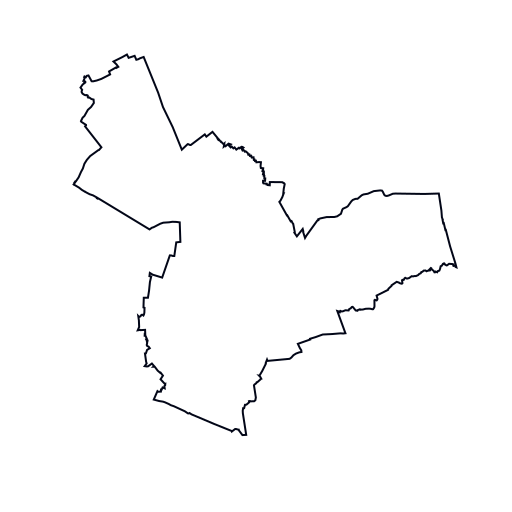 outline of Groningen, Groningen, Netherlands, rotated 279°
{"feature_id": "6326949B19731519413910", "entity_name": "Groningen", "entity_type": "district", "adm_level": 2, "iso_a3": "NLD", "parent_name": "Netherlands", "parent_adm1": "Groningen", "projection": "albers", "projection_center": [6.605, 53.21], "detail": "fine", "context": "isolated", "style": "outline", "palette": "ink", "viewbox_px": 512, "rotation_deg": 279, "n_neighbors": 0, "source": "geoboundaries", "source_scale": "gbopen_adm2", "svg_char_len": 6060}
<svg xmlns="http://www.w3.org/2000/svg" viewBox="0 0 512 512"><g transform="rotate(279 256 256)"><path d="M135.6,280.4L137.3,279.1L138.3,277.8L138.3,278.1L143.3,280.1L151.2,282.6L151.7,282.3L155.4,283.1L154.2,283.8L159.7,305.3L161.2,306.8L163.9,308.5L165.9,310.8L167.6,313.8L168.3,315.9L169.9,315.5L172.1,313.6L175.8,311.1L182.0,322.6L182.7,322.3L185.2,327.5L188.9,334.2L190.8,343.3L192.8,351.4L193.1,354.3L193.7,356.4L214.4,344.9L214.2,346.2L213.5,347.1L213.5,347.6L214.7,347.6L215.0,347.8L214.6,349.4L215.0,350.5L216.4,352.8L216.7,356.0L218.2,356.4L219.1,357.7L220.6,358.6L220.8,359.1L220.9,359.4L220.3,360.2L217.8,363.0L217.8,364.4L218.1,364.3L219.6,366.9L219.2,367.3L219.7,369.0L219.8,369.8L221.0,372.5L221.6,375.4L221.8,377.1L221.6,379.3L221.8,380.0L223.6,380.8L224.8,380.9L230.8,379.9L231.3,380.3L231.0,382.1L231.6,382.5L232.6,382.7L235.8,381.3L243.3,391.8L244.4,391.9L247.6,394.5L248.3,394.5L252.5,399.0L252.2,400.8L252.2,401.2L251.8,401.8L251.6,402.5L251.4,404.1L251.6,404.6L252.1,404.9L254.9,404.0L255.4,404.5L255.4,405.3L255.6,405.7L257.0,406.1L257.8,406.8L257.3,408.4L257.4,409.0L258.2,410.7L260.4,412.9L260.4,414.3L260.9,415.4L261.2,417.1L262.5,419.1L263.9,420.1L264.7,421.4L266.0,421.8L266.4,422.8L267.8,423.9L268.2,425.7L267.6,426.8L268.3,427.9L269.0,430.1L269.4,430.1L269.8,429.4L271.5,430.6L271.3,431.1L270.1,431.9L269.2,433.7L267.8,434.8L267.9,435.4L268.7,435.8L268.3,437.5L269.5,437.9L270.1,439.2L270.3,439.4L272.1,439.8L274.8,440.0L275.4,441.0L277.5,441.9L278.2,442.9L278.0,443.3L277.3,443.4L277.1,444.2L276.5,445.6L276.7,446.2L278.5,447.9L278.8,451.7L277.1,452.6L277.5,454.1L277.1,454.8L276.4,454.9L276.2,455.7L279.0,454.5L279.4,453.9L279.9,454.1L295.9,446.2L311.5,439.4L311.3,439.0L317.9,436.3L317.6,435.8L320.9,434.6L321.1,434.8L323.2,433.6L329.9,432.0L346.3,426.8L343.6,412.5L339.5,384.0L338.9,381.4L336.7,377.9L336.0,376.5L335.7,375.3L335.8,374.2L336.5,373.1L339.3,371.2L340.3,370.2L340.2,368.4L338.5,362.2L335.0,356.7L333.6,352.5L332.5,350.9L328.4,347.4L328.0,345.3L326.5,342.8L324.9,341.6L319.5,338.9L318.4,337.7L316.3,334.5L315.3,334.0L311.0,333.3L307.9,330.0L306.8,327.3L305.5,319.7L303.2,313.7L302.0,311.7L301.1,312.0L300.6,311.0L284.0,302.6L281.5,301.6L287.1,298.8L287.7,298.9L290.0,297.9L281.8,293.3L285.1,290.2L285.6,290.6L293.6,287.7L293.8,287.3L296.1,285.6L295.6,284.9L301.1,280.5L300.9,280.2L313.1,270.6L314.5,271.5L318.4,272.8L320.9,273.3L320.8,273.2L326.8,272.9L331.5,273.1L332.3,272.4L332.3,271.7L332.9,270.9L333.0,270.3L331.2,258.1L328.0,258.5L327.9,256.4L328.5,256.2L328.4,255.2L329.1,255.1L328.9,252.0L329.5,251.5L331.4,251.2L331.7,253.2L334.0,253.0L333.9,252.1L336.5,251.7L336.5,251.1L337.8,251.1L337.8,250.1L339.8,250.2L339.8,250.7L340.1,250.7L340.8,250.5L340.8,249.1L342.2,249.1L342.2,249.5L343.8,249.4L343.7,247.0L345.6,246.4L349.4,246.2L349.3,244.5L348.6,241.7L350.1,241.0L349.7,240.1L351.0,239.5L350.7,238.8L353.1,238.1L352.6,236.4L353.9,235.8L353.8,235.5L354.3,235.3L353.9,234.3L355.3,233.6L354.8,232.6L356.4,231.7L357.8,229.4L357.3,228.7L358.8,227.1L358.1,226.2L359.6,225.1L361.1,226.6L361.6,225.6L361.6,224.6L359.7,222.7L360.2,222.1L358.0,219.9L359.9,217.9L358.8,216.8L360.3,214.9L359.3,214.0L360.7,212.2L362.3,213.6L362.7,211.3L359.7,208.8L360.2,208.2L359.0,207.1L362.2,207.1L361.6,206.6L361.6,206.1L363.5,203.6L363.3,203.4L365.3,201.1L364.8,200.7L365.3,200.2L365.6,200.5L366.4,199.4L366.6,199.5L371.8,193.6L366.1,188.3L368.1,186.4L355.4,174.2L355.3,173.5L355.9,171.3L355.8,171.0L349.4,166.1L370.2,153.6L388.6,140.8L402.0,133.8L435.0,113.9L433.2,110.6L431.9,108.9L431.1,107.1L434.7,104.8L431.8,99.2L434.8,97.0L431.5,92.8L425.8,84.8L423.5,88.1L421.3,90.4L419.9,88.6L420.3,88.2L415.3,82.0L412.5,83.5L406.7,75.5L404.4,71.2L403.0,67.7L402.9,66.3L408.1,62.3L407.5,60.7L406.0,60.0L406.5,58.5L405.8,58.3L405.5,59.1L402.1,58.2L402.2,58.7L401.6,59.9L400.7,59.4L400.4,60.0L398.3,58.0L394.9,56.3L392.9,58.3L391.5,58.0L390.5,58.2L389.2,59.3L388.4,61.1L388.1,62.3L388.5,63.5L388.3,64.5L388.0,64.8L386.9,64.8L386.2,65.5L386.5,65.9L386.5,66.5L385.3,68.9L385.1,71.1L381.8,71.9L377.4,69.8L374.1,67.1L367.4,64.6L365.5,63.1L361.8,62.0L361.2,62.5L358.9,67.6L358.5,67.7L357.3,66.9L339.2,86.3L336.1,84.3L335.8,83.6L328.8,76.6L324.5,73.9L320.3,72.1L315.3,71.3L311.6,70.0L305.9,68.5L301.7,66.5L301.2,66.1L301.3,65.8L300.3,65.3L300.2,65.7L298.2,64.7L298.0,65.2L297.8,65.3L297.7,65.9L295.8,70.6L294.1,73.6L292.8,76.8L292.7,77.0L292.8,77.1L292.3,78.2L291.0,82.0L290.4,85.5L288.9,89.6L288.2,89.7L287.9,90.6L288.4,90.8L288.1,91.6L265.6,146.7L267.6,148.7L268.4,150.3L272.9,156.4L274.4,159.2L275.7,164.9L276.7,168.0L277.2,172.0L277.3,175.4L258.1,179.1L257.0,175.1L243.2,175.3L243.0,174.0L243.3,172.0L243.1,170.8L220.0,166.7L221.4,156.9L222.7,153.8L219.4,153.9L219.3,155.7L213.8,155.3L204.8,155.8L197.9,155.8L197.2,151.7L187.6,152.9L187.4,154.0L182.6,154.6L180.8,154.5L179.6,154.1L180.2,152.9L180.0,152.2L179.2,151.6L178.4,151.4L177.5,150.2L178.3,149.1L174.1,150.4L167.6,151.7L164.1,150.8L164.9,153.1L164.7,153.5L165.7,158.0L161.7,158.8L161.7,158.3L159.8,158.5L159.8,159.4L157.0,161.2L156.5,160.5L155.2,161.5L155.3,162.1L154.5,162.1L154.1,161.7L153.2,162.1L151.0,162.0L150.2,162.5L149.6,164.2L148.3,165.5L146.2,163.1L142.7,162.5L142.4,162.3L142.3,161.6L134.4,164.0L132.8,164.8L129.8,163.3L129.8,165.3L130.1,166.6L133.5,170.0L131.3,172.6L130.6,172.0L130.8,173.3L127.4,176.8L125.6,179.7L125.9,180.0L123.3,182.8L119.3,181.0L115.4,186.0L115.6,186.4L114.1,186.5L113.5,186.0L112.9,185.9L111.0,186.5L111.5,184.3L109.2,183.7L109.2,183.1L107.2,183.3L106.6,180.6L107.1,179.8L98.2,177.5L97.6,183.0L97.6,186.9L97.3,188.8L96.2,192.9L95.3,195.3L94.8,198.3L91.5,210.0L89.9,213.4L90.0,214.3L90.5,214.9L89.5,217.1L83.6,240.8L79.3,259.6L79.0,259.7L81.9,262.5L82.0,263.6L81.7,265.6L81.8,266.1L81.0,266.5L77.0,270.6L77.8,274.3L98.7,267.6L101.1,267.1L103.6,267.1L103.6,267.8L103.9,268.1L107.3,268.4L107.5,269.4L107.9,270.0L110.5,272.2L111.5,271.8L111.8,272.6L111.7,273.8L112.2,276.8L113.4,277.9L116.2,278.0L128.0,274.2L128.9,274.7L130.3,276.1L131.4,276.4L131.6,277.1L134.8,279.7L135.3,279.8L135.6,280.4Z" fill="none" stroke="#020617" stroke-width="2"/></g></svg>